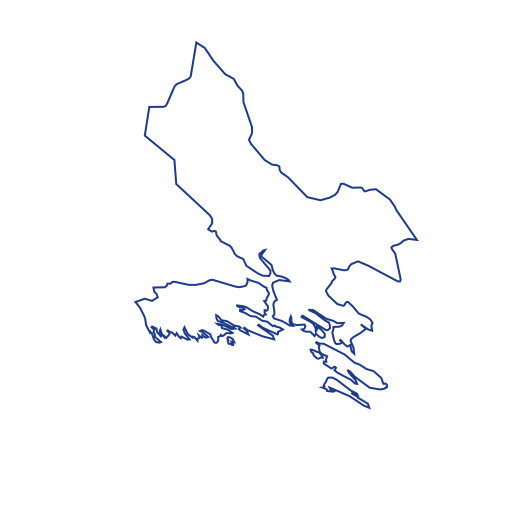 Sør-Trøndelag, Robinson projection, rotated 221°
{"feature_id": "NOR-911", "entity_name": "Sør-Trøndelag", "entity_type": "County", "adm_level": 1, "iso_a3": "NOR", "parent_name": "Norway", "parent_adm1": "", "projection": "robinson", "projection_center": [9.786, 63.353], "detail": "fine", "context": "isolated", "style": "outline", "palette": "blue", "viewbox_px": 512, "rotation_deg": 221, "n_neighbors": 0, "source": "natural_earth", "source_scale": "10m", "svg_char_len": 6142}
<svg xmlns="http://www.w3.org/2000/svg" viewBox="0 0 512 512"><g transform="rotate(221 256 256)"><path d="M418.9,273.9L434.3,298.5L423.6,308.0L422.6,309.9L423.0,312.4L428.8,330.9L428.6,333.7L424.1,343.0L422.9,346.3L423.1,348.7L441.1,378.0L431.0,379.4L416.2,375.4L398.6,373.0L389.0,375.1L381.6,372.4L375.4,371.7L372.4,370.4L366.4,363.9L343.8,350.8L340.3,347.1L339.1,344.8L337.6,339.1L333.5,337.4L312.3,334.1L303.9,335.5L299.1,338.6L297.0,338.8L294.6,336.5L291.7,335.5L283.7,336.4L255.8,334.1L243.9,340.4L238.4,348.8L236.5,354.1L236.4,357.9L239.2,366.1L237.5,367.9L228.1,370.7L221.8,376.5L220.5,376.9L216.8,376.0L216.0,376.4L213.4,380.8L209.3,385.1L192.1,386.5L184.1,384.5L179.4,382.5L145.1,373.7L152.2,368.9L154.7,364.4L155.1,361.2L156.1,358.0L159.0,353.8L159.5,351.4L158.2,350.5L152.4,349.1L131.5,333.3L130.6,331.4L132.2,329.9L165.0,322.3L175.5,318.9L178.8,312.3L178.7,309.0L177.8,306.2L178.6,304.5L180.6,302.7L188.4,298.3L190.7,296.3L185.1,293.2L182.3,292.3L181.7,290.5L182.0,287.2L181.2,284.6L180.9,277.0L180.3,275.5L175.5,273.6L163.0,273.1L157.6,275.6L157.0,276.6L157.6,279.5L157.3,281.0L156.2,281.7L150.6,281.5L140.6,280.0L132.4,282.7L128.1,283.1L124.2,282.0L123.3,279.2L119.3,275.8L123.5,274.1L132.1,273.1L125.2,273.2L126.8,265.9L129.3,258.6L129.6,255.7L129.0,254.0L122.3,250.8L117.8,246.7L121.2,246.8L126.5,250.6L127.5,247.7L130.7,247.4L137.2,248.1L137.2,247.4L135.0,247.4L134.5,246.3L135.1,244.7L137.5,242.3L139.2,242.3L142.3,244.0L148.0,248.1L149.9,252.2L151.1,253.2L146.8,257.2L145.5,260.0L145.9,263.1L150.5,258.7L155.0,257.8L161.7,254.8L177.3,252.7L181.2,249.8L173.6,251.9L161.3,252.6L157.4,253.7L155.0,252.3L152.8,250.1L153.0,247.7L154.2,246.1L181.7,241.5L181.9,240.3L181.6,239.8L170.9,242.3L168.0,242.3L163.7,240.7L161.2,238.2L162.1,241.4L164.3,243.2L156.8,243.1L152.8,242.2L151.1,239.9L152.4,237.4L155.2,236.6L159.9,236.6L159.3,234.0L165.2,234.5L169.0,231.5L171.3,230.6L173.1,230.7L172.2,231.7L171.9,233.1L172.2,234.5L173.1,235.7L174.5,236.0L179.7,230.8L183.0,228.9L185.1,229.1L186.7,230.1L188.9,232.7L190.1,233.3L188.9,230.3L187.6,228.5L185.6,227.6L182.5,227.4L184.9,225.7L193.3,224.1L201.6,220.7L203.9,221.7L203.6,223.6L205.4,225.8L210.9,230.6L211.9,232.3L212.2,234.3L211.4,236.6L220.0,241.0L224.4,244.3L225.6,247.0L222.7,253.1L214.0,258.9L216.1,259.3L219.6,258.6L223.0,257.4L227.4,254.7L230.5,254.9L233.6,256.1L238.4,259.4L251.5,259.2L252.7,260.7L253.1,266.4L254.3,264.6L254.3,261.8L255.0,260.2L253.7,258.5L251.8,257.1L235.6,254.5L233.8,252.5L233.0,249.5L237.9,245.6L243.6,244.0L256.8,242.3L263.5,245.3L270.3,243.4L273.5,243.7L279.4,246.1L282.2,246.6L292.6,244.0L293.1,244.6L298.9,245.6L302.5,248.2L303.7,247.7L305.4,245.4L309.7,244.8L310.5,251.9L313.4,255.1L315.0,255.8L317.8,256.5L363.4,258.0L380.5,274.9L418.9,273.9ZM247.4,233.1L244.5,233.8L236.6,237.3L229.1,238.2L227.4,239.0L225.2,237.4L221.7,236.4L220.8,234.3L220.4,231.6L219.0,229.1L220.3,227.4L213.9,225.8L212.6,224.4L211.9,222.8L212.2,221.5L213.9,220.8L212.5,219.0L210.2,218.3L211.4,216.7L210.8,215.0L214.9,214.5L222.3,212.2L229.2,211.1L232.5,209.8L238.5,205.9L236.1,206.1L232.0,208.2L229.7,208.4L230.8,206.0L232.8,205.0L231.9,203.9L226.8,205.9L220.6,207.1L216.2,210.2L209.0,211.2L204.4,213.8L197.1,214.1L196.4,215.8L194.5,215.8L191.4,217.5L187.5,218.2L189.6,213.2L188.3,211.6L188.3,210.9L203.5,206.4L208.9,205.9L208.9,205.0L190.9,206.9L187.6,205.0L198.3,199.7L213.7,194.5L217.7,194.3L217.7,193.5L213.7,193.4L210.2,191.8L219.3,189.5L221.2,189.7L221.4,190.9L220.6,191.8L222.4,191.8L226.5,189.3L235.4,187.7L239.8,184.9L245.0,185.7L247.2,185.2L244.9,182.9L242.1,181.9L237.9,183.9L228.6,186.3L225.7,187.6L224.0,187.6L226.7,184.8L237.1,181.8L240.8,179.3L239.5,179.3L236.5,181.0L234.5,179.3L228.5,182.0L223.3,182.6L224.1,181.2L227.7,178.5L228.3,174.6L229.0,173.3L230.8,173.5L230.5,171.8L231.5,170.2L229.4,167.8L228.7,166.2L228.9,164.5L230.4,163.4L236.8,165.5L239.0,166.9L246.6,165.5L248.2,164.5L249.0,162.7L246.6,163.5L238.9,163.6L239.8,162.0L241.3,161.0L244.6,161.2L243.3,159.4L243.3,158.6L247.1,158.6L245.3,157.6L245.2,156.6L245.8,155.3L244.6,153.7L249.4,154.4L250.7,153.7L250.2,152.8L256.2,152.3L263.2,155.3L262.4,152.7L258.6,150.8L251.4,149.5L252.7,148.0L259.5,146.2L258.8,144.6L261.1,144.5L265.3,145.7L264.7,142.9L268.8,143.3L271.2,142.2L273.8,142.0L273.8,141.3L270.7,141.3L270.0,139.9L270.0,135.4L272.5,135.4L271.9,134.6L276.1,135.4L280.0,137.9L279.4,136.2L278.1,135.0L275.0,133.7L275.0,132.9L280.7,133.7L283.5,135.9L288.1,134.6L288.1,133.7L284.3,133.5L283.5,131.4L280.9,130.5L279.3,128.7L271.2,128.7L271.9,127.4L274.3,125.8L275.6,125.5L278.5,126.2L283.5,129.1L286.2,129.6L285.9,128.7L293.5,131.7L298.3,135.8L300.9,137.3L309.7,140.9L316.8,142.2L311.9,150.8L305.0,153.9L303.1,160.4L306.2,162.1L309.3,162.3L312.7,164.9L304.2,172.7L303.8,175.0L304.7,177.0L302.3,179.1L302.1,181.6L300.6,183.1L287.8,190.1L282.3,194.9L277.3,201.4L275.0,207.5L273.3,209.5L251.2,219.5L247.7,221.9L244.4,226.4L244.2,227.6L245.4,231.0L247.4,233.1ZM149.2,229.9L153.7,230.0L153.7,230.7L150.5,231.6L147.3,234.2L124.5,239.8L111.6,240.1L106.5,242.0L98.3,243.2L91.9,246.2L81.5,246.2L76.2,243.2L75.5,243.4L74.9,244.6L73.1,244.8L72.1,244.4L71.6,243.7L71.8,242.3L71.2,242.3L72.2,239.8L74.9,236.6L83.7,231.2L102.5,229.7L109.2,230.5L112.2,230.0L108.4,228.7L99.5,227.7L95.9,225.8L97.7,224.7L102.8,224.9L118.2,221.3L121.8,221.3L122.3,224.1L123.5,224.2L124.3,223.7L124.8,221.2L125.5,220.5L134.4,219.3L135.5,220.8L133.6,222.4L135.2,223.7L136.5,227.0L142.0,225.2L144.9,225.4L148.7,228.3L149.2,229.9ZM86.5,215.8L74.7,217.9L70.9,215.8L76.4,213.8L93.5,211.6L114.2,205.0L112.7,204.3L111.0,204.4L108.0,205.9L108.6,204.3L113.7,200.8L115.1,201.7L119.9,200.1L118.7,201.7L118.7,202.5L119.9,203.0L120.4,204.1L120.6,206.7L121.7,209.9L121.7,211.6L118.6,214.3L114.1,215.5L96.0,216.7L89.6,218.3L87.8,217.5L94.2,215.0L89.1,215.9L87.8,216.7L86.5,215.8ZM150.8,219.8L153.3,221.1L152.4,222.0L144.6,224.6L140.3,224.0L138.9,222.9L140.4,222.1L141.4,219.5L142.9,218.7L147.5,218.9L148.9,220.1L150.8,219.8ZM221.8,174.3L223.7,175.1L224.0,176.3L222.6,177.4L219.3,178.1L215.8,176.7L218.3,175.3L215.2,174.6L214.9,173.7L215.6,173.1L217.8,173.1L219.0,171.8L221.6,173.2L221.8,174.3Z" fill="none" stroke="#1e3a8a" stroke-width="2"/></g></svg>